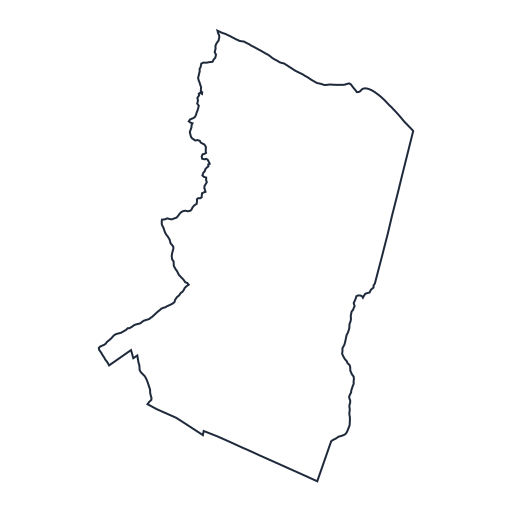 Barreirinhas, Maranhão, Brazil (Robinson projection)
{"feature_id": "56859067B98453843203309", "entity_name": "Barreirinhas", "entity_type": "district", "adm_level": 2, "iso_a3": "BRA", "parent_name": "Brazil", "parent_adm1": "Maranhão", "projection": "robinson", "projection_center": [-42.957, -2.836], "detail": "fine", "context": "isolated", "style": "outline", "palette": "slate", "viewbox_px": 512, "rotation_deg": 0, "n_neighbors": 0, "source": "geoboundaries", "source_scale": "gbopen_adm2", "svg_char_len": 5154}
<svg xmlns="http://www.w3.org/2000/svg" viewBox="0 0 512 512"><path d="M413.2,131.0L412.0,129.6L410.3,127.8L408.6,126.1L406.9,124.3L404.8,122.2L403.5,120.7L402.5,119.5L401.2,117.9L399.4,115.8L397.6,113.8L395.9,111.9L394.0,109.9L392.8,108.7L391.7,107.4L390.4,106.2L388.9,104.8L387.6,103.4L386.1,101.8L384.5,100.1L382.8,98.6L381.5,97.3L380.3,96.3L378.2,94.6L376.5,93.4L375.2,92.4L373.3,91.2L371.4,90.1L368.7,89.0L366.8,88.5L365.0,88.3L363.0,88.7L361.6,89.6L360.5,91.0L358.7,92.0L356.8,92.1L355.5,90.2L353.9,88.4L352.3,86.3L350.8,84.3L349.1,83.4L346.7,84.0L344.6,84.7L342.1,84.9L340.6,84.8L338.6,84.9L335.2,84.8L332.7,84.7L330.2,84.5L328.1,84.7L326.0,85.0L323.9,84.9L321.2,83.9L318.9,83.4L317.0,83.0L315.3,82.1L313.1,80.8L311.0,79.6L309.3,78.4L307.0,76.9L304.9,75.8L302.8,74.4L296.2,71.2L294.6,70.3L292.9,69.2L290.9,67.8L289.3,66.9L287.5,65.6L285.5,64.4L283.9,63.4L282.0,63.0L279.9,62.4L277.8,61.1L275.8,60.0L274.3,59.2L272.9,58.4L271.7,57.5L270.0,56.1L268.0,54.7L266.6,54.0L265.1,53.2L262.9,51.9L260.7,50.6L258.2,49.3L255.5,47.8L253.3,46.6L251.2,45.6L248.9,44.1L247.2,43.3L245.6,42.5L244.2,41.6L241.8,41.3L239.5,40.9L237.5,39.9L236.0,39.3L234.6,38.5L232.2,37.3L230.2,36.2L227.4,34.9L225.4,33.9L222.5,33.0L221.1,32.4L219.4,31.6L217.5,30.7L218.2,33.4L219.1,35.2L219.3,37.0L218.6,40.5L216.8,42.9L216.0,44.4L215.4,46.2L215.6,48.5L214.7,52.1L216.0,54.6L215.3,57.7L213.7,59.5L212.6,61.7L211.0,62.0L208.8,62.2L207.2,62.6L205.3,62.7L203.4,62.6L201.3,63.6L200.6,67.1L199.6,69.0L199.7,71.4L199.1,73.8L198.1,77.9L198.7,80.4L199.7,82.9L200.2,84.7L201.1,87.2L200.8,90.9L202.2,92.2L202.0,93.9L200.1,92.8L198.8,93.7L199.1,95.4L197.4,97.8L198.0,100.7L197.2,103.5L198.8,105.8L197.6,110.3L196.6,112.7L196.0,114.8L195.0,116.9L193.4,118.1L191.8,118.7L190.0,119.5L188.8,121.3L190.3,122.5L192.5,123.3L191.6,125.1L191.4,127.6L189.8,132.0L190.7,135.9L191.7,138.0L193.4,139.2L195.2,140.5L197.5,140.1L199.8,140.8L200.7,142.5L202.4,143.5L204.4,144.5L205.9,147.0L205.8,149.2L205.7,151.2L206.1,152.9L204.5,153.8L202.6,154.3L201.7,156.4L202.1,158.7L204.5,159.3L206.4,158.9L207.8,159.9L208.9,162.0L209.7,163.8L208.2,164.5L208.4,166.4L206.8,167.5L205.3,169.3L204.7,171.3L203.3,172.8L202.4,175.5L204.0,176.9L206.2,177.6L206.1,180.0L206.8,182.2L205.6,184.2L204.6,185.9L204.3,187.8L205.0,190.2L205.5,191.8L203.5,192.5L202.0,193.3L201.8,195.4L201.6,197.4L200.0,198.3L198.4,198.1L196.9,199.3L197.0,201.1L196.7,203.8L194.1,205.5L192.5,207.5L191.6,209.4L190.4,210.7L187.9,211.3L185.3,210.7L183.2,211.1L181.2,212.1L179.8,213.5L178.3,215.6L176.6,217.6L174.3,218.4L171.6,219.4L167.1,218.4L164.8,219.4L162.0,219.6L161.7,221.6L161.8,224.2L162.4,225.9L163.4,227.6L164.9,232.2L166.5,235.0L167.7,236.4L169.6,239.6L170.6,243.4L172.5,245.5L173.4,247.2L173.3,249.0L172.1,253.3L171.7,256.0L172.1,259.3L173.6,261.5L173.8,265.9L175.7,269.4L176.9,270.9L177.8,272.7L178.9,274.9L180.7,276.8L182.3,278.4L183.8,280.1L185.3,282.3L187.2,282.9L188.7,284.7L186.4,286.3L184.7,288.0L183.7,290.1L182.5,291.7L180.7,293.0L179.2,295.3L177.1,297.0L175.9,298.6L174.9,300.3L174.5,302.1L172.4,303.7L169.8,305.0L167.1,306.2L165.3,307.3L163.4,307.8L161.4,308.6L159.7,310.2L158.2,311.3L156.6,312.7L155.1,314.1L152.1,316.9L150.6,317.8L149.3,319.0L147.6,319.5L145.8,320.1L144.0,320.6L142.0,321.9L140.7,323.1L139.1,323.7L137.3,324.1L135.5,324.6L133.9,325.3L131.9,326.8L129.4,328.2L127.8,328.2L125.9,330.0L123.9,331.1L121.2,332.7L116.7,333.9L115.0,334.6L113.6,335.7L111.3,338.3L109.5,339.9L108.0,341.1L106.7,342.2L105.8,343.6L104.2,344.8L102.3,345.6L100.1,346.6L98.8,348.0L99.2,350.0L100.3,351.4L101.3,352.9L102.3,354.7L103.2,356.1L104.2,357.5L105.1,359.4L106.7,361.3L107.9,363.2L109.1,365.4L131.0,350.1L132.0,353.4L132.5,355.5L133.3,358.2L137.3,355.5L138.5,362.6L139.3,365.1L139.7,370.3L141.1,372.5L144.9,376.3L146.2,378.8L147.5,381.9L148.5,384.8L149.4,387.6L150.1,389.8L150.1,392.4L150.7,395.4L151.5,397.9L151.3,399.9L149.2,401.9L147.5,404.2L157.0,409.3L176.2,417.8L181.2,421.0L202.9,435.1L203.2,433.3L203.7,431.0L216.7,436.1L221.1,438.0L231.4,442.6L236.4,444.9L242.9,447.9L245.8,449.1L253.2,452.4L259.2,455.2L289.6,468.8L311.6,478.7L314.7,480.1L317.3,481.3L317.9,479.4L329.0,447.5L331.2,441.2L333.1,439.9L335.6,438.7L338.9,436.5L340.8,436.1L343.6,435.1L345.3,434.2L346.6,432.6L347.6,430.4L349.6,425.4L349.9,420.3L349.9,417.4L349.5,415.2L349.3,413.5L349.8,409.5L349.4,407.0L349.4,405.2L350.1,403.0L350.2,400.4L349.5,398.8L349.1,396.8L349.9,394.8L351.1,392.4L351.3,390.3L352.9,385.7L353.7,383.7L353.6,381.7L353.9,379.2L353.7,376.7L351.8,374.1L350.3,370.6L350.2,367.0L349.5,364.9L347.5,363.2L346.9,361.4L344.8,359.0L343.2,356.2L342.1,353.7L342.5,350.8L342.4,348.3L343.5,346.3L344.4,344.7L345.0,342.5L345.5,340.3L346.6,335.1L347.8,332.8L348.5,330.9L349.3,328.1L349.4,326.3L349.5,324.1L350.5,321.5L351.0,318.9L350.8,317.2L350.8,315.3L351.2,313.6L351.7,311.4L353.1,309.8L353.7,308.0L354.6,306.1L353.7,303.1L355.3,299.6L356.4,296.2L358.2,295.4L360.3,295.5L362.1,296.3L362.9,297.7L364.1,295.5L365.2,293.8L367.3,293.1L369.6,292.5L370.8,289.9L372.0,288.8L373.5,287.6L373.6,285.5L374.9,283.4L382.2,255.5L383.3,251.1L387.8,233.6L392.3,214.5L393.3,210.7L398.1,191.7L402.0,175.8L413.2,131.0Z" fill="none" stroke="#1e293b" stroke-width="2"/></svg>